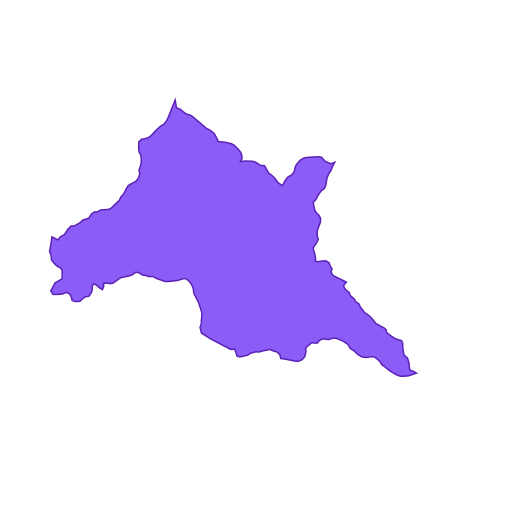 the district of São Simão, São Paulo, Brazil, rotated 204°
{"feature_id": "56859067B82998923442878", "entity_name": "São Simão", "entity_type": "district", "adm_level": 2, "iso_a3": "BRA", "parent_name": "Brazil", "parent_adm1": "São Paulo", "projection": "orthographic", "projection_center": [-47.581, -21.467], "detail": "fine", "context": "isolated", "style": "filled", "palette": "violet", "viewbox_px": 512, "rotation_deg": 204, "n_neighbors": 0, "source": "geoboundaries", "source_scale": "gbopen_adm2", "svg_char_len": 3854}
<svg xmlns="http://www.w3.org/2000/svg" viewBox="0 0 512 512"><g transform="rotate(204 256 256)"><path d="M421.6,140.2L417.3,142.6L414.2,145.8L410.5,145.3L408.2,143.6L406.0,140.7L402.8,140.8L398.5,142.9L396.7,147.0L395.3,149.3L392.3,151.3L391.5,155.7L392.0,159.1L393.5,162.2L392.6,164.8L389.1,164.3L386.3,163.3L382.6,162.8L382.8,166.4L384.2,168.7L381.3,170.6L378.0,171.4L375.3,173.4L373.4,176.9L370.6,181.3L366.5,184.2L363.5,186.4L361.2,188.7L359.4,192.2L356.1,193.1L352.2,192.4L348.3,193.4L345.1,193.7L342.1,195.3L337.7,195.0L333.0,195.4L328.9,195.7L326.2,196.8L323.9,198.1L320.6,200.0L317.7,201.8L314.9,204.2L313.0,205.8L310.6,206.8L307.9,206.1L305.2,205.0L302.8,203.3L300.3,201.0L297.4,196.4L294.8,194.4L292.6,192.5L289.7,190.4L286.9,187.2L284.9,185.0L282.1,181.8L280.6,177.9L279.6,174.5L278.4,172.0L278.1,168.1L274.5,163.4L263.9,161.8L244.6,160.6L241.6,160.3L237.3,162.1L234.9,159.5L232.6,156.8L229.6,157.3L226.9,159.2L223.2,162.1L221.9,164.3L220.0,166.2L217.2,168.3L214.0,169.7L211.0,172.2L208.2,174.2L205.4,176.2L201.2,176.3L197.8,176.9L194.1,175.6L191.7,172.4L187.3,173.7L184.2,174.4L177.0,176.0L174.7,176.9L171.7,180.0L170.5,183.9L171.5,189.0L173.2,192.4L171.7,195.6L169.8,199.5L167.0,200.3L164.5,201.5L163.8,204.4L161.9,207.0L159.5,208.1L155.7,209.2L152.2,212.3L149.7,213.3L146.6,213.6L141.4,213.6L135.9,212.6L132.3,209.8L127.6,209.2L123.0,207.4L118.1,206.9L113.8,208.2L110.5,210.4L107.2,212.0L102.8,211.0L99.8,209.9L96.8,207.8L93.0,207.1L88.7,205.9L85.5,205.3L81.7,204.8L78.0,204.6L75.0,204.9L71.7,206.5L68.2,208.4L65.5,210.8L61.8,214.3L65.3,214.7L69.1,214.4L70.8,216.9L72.2,219.7L74.0,222.0L76.0,224.3L80.6,225.8L82.4,228.5L84.8,232.2L86.4,235.8L88.7,237.9L93.3,237.2L97.1,237.3L101.5,238.2L105.6,239.2L107.3,241.7L109.9,242.4L113.4,242.6L119.3,243.2L122.5,245.0L127.0,247.0L130.3,247.9L133.3,248.3L139.6,251.6L142.7,254.2L146.4,254.9L149.2,256.9L154.1,258.3L155.9,260.5L159.8,261.5L162.4,262.8L164.0,264.8L162.8,268.9L166.2,269.1L172.3,269.2L178.0,269.6L181.2,272.1L181.2,275.1L183.6,276.6L186.6,279.6L190.2,280.0L194.3,277.9L196.8,276.2L199.6,275.2L200.4,277.7L202.8,281.3L207.1,286.5L205.9,293.4L205.9,296.5L208.5,299.7L210.0,303.1L210.5,306.0L210.9,313.2L212.3,316.6L214.9,318.7L218.3,320.0L220.7,321.6L224.1,325.9L225.5,328.8L224.2,331.8L224.1,335.9L223.0,341.8L220.9,345.6L221.0,348.7L221.8,352.1L222.9,356.1L223.0,360.8L222.3,364.4L222.5,368.8L222.2,373.6L224.9,370.8L228.1,370.7L231.7,370.7L236.2,372.9L239.1,372.2L243.8,369.8L248.0,367.6L251.5,365.5L253.3,363.5L254.8,361.0L256.3,355.8L256.2,352.0L255.5,349.1L256.1,345.1L259.2,340.8L260.2,336.1L260.4,331.1L265.2,331.8L271.1,334.9L274.8,336.2L278.1,336.9L281.8,339.6L284.9,341.9L288.8,340.6L294.4,341.6L297.4,341.2L300.5,340.0L304.7,338.3L308.6,335.9L308.4,339.4L310.0,342.3L312.3,344.6L314.7,345.9L320.8,348.3L324.1,348.6L327.9,347.8L330.6,347.4L333.5,346.3L337.0,345.3L341.1,348.7L344.2,351.0L349.1,352.2L353.2,352.4L359.2,354.2L362.1,355.1L365.5,356.0L369.6,357.3L373.2,358.0L377.8,357.4L381.7,358.3L384.4,359.2L389.0,359.1L393.3,365.6L392.6,347.8L392.7,343.3L393.9,338.6L395.9,335.9L397.6,332.2L399.2,328.1L400.6,323.7L402.7,320.1L405.7,317.6L408.0,316.2L409.5,312.6L406.6,305.8L404.7,303.0L402.3,301.5L400.6,298.6L399.0,295.1L398.1,291.4L397.8,286.9L395.4,283.4L395.2,278.8L396.2,275.2L398.6,272.2L401.4,268.4L401.9,263.9L402.2,258.7L403.5,254.9L403.4,251.7L404.8,248.2L406.0,245.3L407.5,241.2L409.5,238.7L413.0,236.8L416.6,234.9L418.9,231.7L421.3,230.7L423.3,227.8L424.2,222.6L426.3,220.6L428.6,218.7L430.6,214.4L434.3,209.5L437.1,208.2L438.8,203.8L439.2,200.7L439.9,197.4L442.7,193.6L443.6,190.1L447.0,190.4L450.2,190.4L449.2,187.1L447.8,182.1L446.6,176.4L443.4,173.1L441.2,169.2L436.8,166.9L433.0,165.7L428.9,165.4L426.8,163.2L423.9,156.2L426.2,153.0L428.6,149.8L428.9,146.0L429.3,140.6L425.8,138.4L421.6,140.2Z" fill="#8b5cf6" stroke="#5b21b6" stroke-width="1.5"/></g></svg>